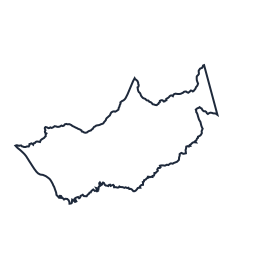 outline of Santa Maria do Tocantins, Tocantins, Brazil, rotated 321°
{"feature_id": "56859067B8040117267322", "entity_name": "Santa Maria do Tocantins", "entity_type": "district", "adm_level": 2, "iso_a3": "BRA", "parent_name": "Brazil", "parent_adm1": "Tocantins", "projection": "robinson", "projection_center": [-47.839, -8.802], "detail": "fine", "context": "isolated", "style": "outline", "palette": "slate", "viewbox_px": 256, "rotation_deg": 321, "n_neighbors": 0, "source": "geoboundaries", "source_scale": "gbopen_adm2", "svg_char_len": 5369}
<svg xmlns="http://www.w3.org/2000/svg" viewBox="0 0 256 256"><g transform="rotate(321 128 128)"><path d="M205.8,174.0L226.7,127.0L225.7,126.7L224.8,127.2L223.6,127.9L222.3,127.5L221.2,127.2L220.3,127.6L219.2,127.8L218.3,128.8L217.8,129.7L217.1,130.6L215.7,131.0L214.7,131.0L213.8,131.3L213.0,132.2L212.3,133.1L211.6,134.1L211.1,135.3L210.8,136.2L210.4,137.6L209.4,138.2L208.6,138.7L207.7,138.9L206.7,139.0L206.0,139.4L204.9,140.0L203.7,140.2L202.6,140.5L201.4,140.4L201.1,139.3L200.4,138.4L198.7,138.6L197.0,138.5L196.4,137.4L196.1,136.2L195.3,135.6L194.2,135.1L192.8,135.2L191.5,134.8L190.5,134.6L189.5,134.0L188.3,133.1L187.4,132.2L186.5,131.2L185.2,130.7L183.9,130.9L182.9,131.5L182.5,130.2L181.5,129.6L180.4,129.5L179.2,129.8L178.1,129.8L177.0,129.6L176.0,129.5L175.3,130.6L174.2,130.1L173.3,130.4L172.4,129.9L172.4,128.6L171.9,127.7L170.9,127.2L169.8,127.0L168.9,128.0L167.8,127.8L166.9,128.4L165.8,128.2L164.7,128.3L163.7,127.3L163.0,126.1L162.1,125.0L162.2,123.7L161.9,122.2L161.1,121.1L161.1,119.5L160.1,118.5L159.8,117.5L159.8,116.3L159.1,115.2L158.5,114.0L158.4,112.3L158.5,111.0L159.1,109.3L159.3,108.0L159.0,106.9L159.3,105.6L159.9,104.3L160.4,103.5L161.0,102.4L161.9,102.5L162.6,102.1L163.4,101.3L163.6,100.3L164.4,99.2L164.9,97.5L164.7,95.8L164.3,94.5L164.5,93.5L161.4,94.8L150.2,100.8L148.9,101.5L145.1,103.2L143.7,103.6L142.4,103.7L141.5,103.6L140.3,103.3L139.1,103.3L138.2,103.3L137.5,104.4L136.4,104.8L135.5,105.4L134.8,106.0L133.5,106.5L132.1,107.7L130.6,107.6L129.4,107.5L128.2,107.2L127.7,106.3L126.6,105.7L125.0,105.4L123.9,105.7L123.0,106.2L121.8,106.8L120.2,106.8L119.0,106.9L117.9,106.9L116.9,107.1L115.7,107.9L114.4,108.2L113.3,108.3L112.3,108.7L111.2,108.8L110.2,108.4L109.1,108.0L108.1,107.8L106.9,107.3L105.8,106.6L104.7,106.1L103.4,106.1L102.4,105.8L101.4,106.0L100.0,106.5L98.7,106.3L97.9,106.6L97.0,106.3L95.8,105.8L94.3,105.6L93.2,105.6L91.9,104.9L91.1,103.9L90.6,102.5L89.9,101.6L90.3,100.6L89.7,98.9L89.0,97.7L88.5,96.8L88.2,95.8L87.6,94.8L87.1,93.6L86.6,92.4L86.0,91.4L85.9,90.2L85.4,89.3L85.0,88.3L84.1,87.6L83.2,86.9L82.6,86.0L81.2,85.4L79.6,85.8L78.5,85.4L77.8,84.2L76.8,84.1L75.7,83.9L74.3,83.1L73.6,82.4L73.1,81.5L72.1,80.4L70.9,80.4L69.6,80.2L68.6,79.8L68.0,78.6L67.0,78.6L66.1,78.1L65.5,76.7L64.6,75.4L63.7,75.4L62.9,76.2L62.4,77.8L61.3,78.3L60.6,79.5L61.2,80.9L59.7,81.4L58.9,82.6L57.9,82.6L56.7,82.9L55.1,82.7L53.7,82.5L52.3,82.6L50.8,83.5L49.9,82.4L49.1,81.5L48.2,80.9L47.2,80.8L46.2,81.1L45.0,80.5L43.8,81.3L43.6,80.3L43.2,79.1L42.2,78.9L41.3,78.5L40.3,79.5L39.2,79.9L38.0,78.8L36.4,78.3L35.2,77.3L34.6,76.2L34.0,75.5L34.0,74.4L33.1,73.7L32.1,73.3L31.2,71.9L30.4,71.2L29.4,70.9L29.5,72.8L29.7,74.4L30.2,76.6L30.5,78.3L30.9,81.2L31.1,83.2L31.1,85.6L31.0,86.8L30.8,88.3L30.7,89.5L30.5,90.7L30.3,92.7L30.1,94.6L29.8,97.1L29.4,101.2L29.4,102.4L29.3,104.1L29.4,105.2L29.6,106.8L30.5,108.9L31.4,109.9L32.3,110.8L33.8,113.6L34.2,114.9L34.7,116.8L35.0,118.2L35.0,119.6L34.8,121.3L34.3,124.1L33.8,125.6L33.6,127.1L31.5,133.0L30.3,135.0L30.4,136.5L30.5,137.5L30.5,138.8L31.5,139.7L31.5,137.9L32.4,137.8L33.2,138.8L32.8,141.2L33.4,142.1L33.3,143.3L34.8,143.6L36.1,144.9L36.4,146.6L36.0,148.4L34.9,150.0L36.2,150.8L37.3,150.8L38.5,149.5L39.5,148.6L40.0,150.4L40.3,152.1L41.7,152.5L42.0,151.2L41.8,149.5L43.1,149.3L44.5,149.7L45.8,150.2L45.8,151.8L47.0,151.9L48.5,150.9L49.8,151.3L50.8,151.4L50.9,153.2L52.9,155.0L54.8,154.4L55.9,154.6L57.5,154.0L58.5,154.6L60.0,153.9L62.3,153.9L62.6,156.0L63.6,156.4L64.0,157.7L65.0,157.9L65.5,154.6L66.3,155.7L66.7,156.8L68.4,155.2L69.7,155.4L70.4,153.6L70.9,152.8L71.9,152.6L71.7,154.2L71.4,155.5L72.3,155.6L73.3,154.9L74.3,154.7L74.7,155.7L74.2,157.6L74.6,158.9L75.4,159.5L76.1,160.7L77.5,160.3L78.4,160.8L78.1,162.1L79.3,162.4L80.7,162.9L80.8,164.0L79.9,165.3L81.4,166.4L82.2,167.6L83.3,168.3L84.5,168.0L84.8,168.9L85.5,169.6L86.6,170.6L87.6,172.3L88.8,172.6L89.6,174.2L90.8,174.7L90.6,176.2L91.8,177.0L92.3,178.2L92.4,180.5L93.4,181.3L94.7,181.5L96.6,181.2L97.7,180.8L98.9,181.3L100.0,182.2L100.5,180.9L102.5,180.7L103.9,181.6L105.0,180.3L105.5,179.3L106.7,179.6L107.6,178.7L109.3,179.2L111.0,178.9L112.2,179.3L112.8,178.4L113.6,179.0L114.0,180.0L115.1,180.4L116.2,181.5L116.9,180.7L118.1,181.3L119.3,180.7L120.2,179.6L121.2,180.3L122.1,180.1L123.1,180.1L124.3,180.0L124.7,178.6L126.4,178.1L127.7,179.1L128.6,179.0L129.1,177.4L130.0,177.8L131.6,179.0L133.0,180.5L135.1,181.0L136.1,182.2L137.5,182.2L138.7,182.3L139.7,183.1L140.3,183.9L141.6,184.0L143.3,184.6L144.9,185.1L147.5,184.8L148.5,183.8L149.2,183.0L150.7,182.1L151.7,180.8L153.0,180.8L154.0,181.1L154.3,182.1L154.8,182.9L155.9,183.5L157.1,184.1L158.3,182.3L158.8,181.4L159.9,180.7L160.9,179.8L161.6,179.1L162.9,179.6L163.6,180.7L164.4,180.3L165.2,181.1L165.6,180.1L166.7,180.3L167.6,180.1L169.0,180.1L169.9,180.3L170.8,181.0L171.8,182.0L171.9,180.5L173.6,180.5L175.0,179.6L176.2,179.7L176.9,178.8L178.1,179.1L179.4,179.3L180.6,179.1L182.2,178.4L183.2,176.8L185.6,175.5L185.8,174.3L186.1,173.3L186.5,172.2L187.3,170.5L188.1,168.9L188.3,167.4L188.5,166.1L189.9,162.6L190.6,161.1L191.0,159.7L191.1,158.4L191.8,157.7L192.2,156.4L193.5,156.3L194.4,156.4L195.6,156.8L196.8,156.9L196.9,158.0L197.5,159.1L197.2,160.6L197.2,161.7L197.6,162.9L198.5,163.5L198.9,164.7L198.6,166.1L198.9,167.4L200.5,167.5L201.6,167.9L202.7,169.0L203.4,170.2L204.5,171.2L205.3,172.0L205.5,173.0L205.8,174.0Z" fill="none" stroke="#1e293b" stroke-width="2"/></g></svg>